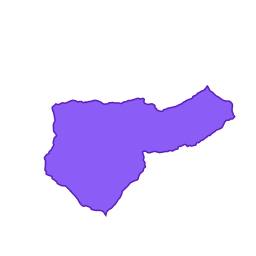 Naja, Paro, Bhutan (Mercator projection), rotated 314°
{"feature_id": "84629894B48616572457090", "entity_name": "Naja", "entity_type": "district", "adm_level": 2, "iso_a3": "BTN", "parent_name": "Bhutan", "parent_adm1": "Paro", "projection": "mercator", "projection_center": [89.419, 27.254], "detail": "fine", "context": "isolated", "style": "filled", "palette": "violet", "viewbox_px": 256, "rotation_deg": 314, "n_neighbors": 0, "source": "geoboundaries", "source_scale": "gbopen_adm2", "svg_char_len": 5876}
<svg xmlns="http://www.w3.org/2000/svg" viewBox="0 0 256 256"><g transform="rotate(314 128 128)"><path d="M213.3,155.9L212.8,155.9L212.4,156.0L212.0,156.0L211.7,156.2L209.3,156.3L208.7,156.5L208.3,156.5L206.8,155.9L205.8,155.3L205.4,155.2L204.9,155.0L203.6,154.9L203.0,154.5L202.3,154.2L201.5,154.2L201.1,154.1L200.5,154.1L199.4,153.9L199.1,154.0L198.2,154.1L197.0,153.2L196.2,153.0L195.5,152.9L195.1,153.2L194.1,153.4L193.5,153.4L192.1,152.7L190.5,151.8L189.2,151.3L188.4,150.9L187.6,150.7L186.8,150.7L186.4,150.4L184.6,149.9L182.7,149.9L182.1,149.4L181.3,149.2L180.4,148.8L179.9,148.5L178.3,148.1L177.1,147.6L175.8,146.8L172.9,145.0L172.1,144.4L171.2,143.8L170.8,143.5L169.8,143.0L169.3,142.6L168.8,142.6L168.1,142.4L167.1,141.7L166.1,141.1L165.6,140.9L165.1,141.0L164.7,141.2L164.3,141.2L163.8,141.0L162.9,140.3L162.8,139.8L162.4,139.5L162.0,138.7L161.8,138.3L161.8,137.9L161.5,137.5L161.0,136.7L161.2,135.8L161.7,134.9L161.5,133.5L161.8,132.5L162.7,132.0L162.8,131.4L162.8,130.7L162.1,128.4L160.9,127.5L160.1,127.0L159.3,126.4L158.2,125.2L157.6,123.2L157.4,121.8L157.7,121.3L158.5,120.8L159.6,120.1L160.0,119.4L159.8,118.2L157.2,116.6L157.0,115.5L156.7,115.2L155.9,114.2L155.1,113.7L154.2,113.4L150.2,111.1L149.3,110.7L149.0,110.1L148.1,109.3L147.4,108.9L146.0,108.5L144.5,107.5L143.0,106.5L142.1,106.6L141.2,106.3L140.6,105.8L140.4,105.5L139.8,104.3L138.9,103.2L138.5,102.7L137.3,101.8L137.0,101.2L136.5,100.6L136.1,100.0L136.0,99.6L135.8,99.4L135.3,98.9L134.7,98.6L133.9,97.7L133.4,97.2L132.9,96.9L131.2,96.6L130.7,96.2L130.3,95.7L129.6,95.1L128.9,94.6L128.5,94.0L128.1,93.2L127.8,91.0L127.0,88.5L126.7,88.0L126.4,87.2L125.9,86.2L125.5,85.7L124.5,84.6L123.0,83.6L121.8,83.0L121.3,82.8L119.9,81.5L119.3,81.1L117.5,80.3L117.2,79.9L117.3,79.4L115.4,78.6L114.9,77.1L114.6,75.9L111.7,73.3L111.3,71.7L109.8,69.2L108.2,68.2L105.4,67.0L102.2,65.7L101.2,64.1L99.9,62.9L97.9,62.4L96.1,61.4L96.0,60.8L95.1,59.3L94.4,59.4L92.8,59.3L90.5,59.0L89.3,60.1L87.9,62.5L87.6,63.4L87.4,63.9L86.7,64.7L86.2,65.7L85.4,66.8L85.0,67.5L84.1,68.3L83.8,68.7L83.2,70.0L82.5,70.5L79.4,71.5L78.6,72.0L77.6,72.8L76.2,74.5L74.6,76.1L74.2,76.6L74.0,76.9L73.8,77.7L73.8,78.8L73.7,79.5L73.4,80.6L73.0,81.5L72.6,81.9L72.1,82.1L70.2,81.8L69.7,81.9L69.3,82.0L67.2,83.3L66.1,83.9L65.3,84.6L64.9,85.1L64.5,86.1L64.1,86.5L63.2,86.8L61.9,87.0L60.1,87.6L59.6,87.7L58.8,87.9L58.1,87.9L56.4,87.7L55.6,88.0L54.8,88.7L54.3,88.8L53.2,88.2L52.8,88.0L52.4,88.0L50.6,88.1L49.8,88.2L48.7,88.5L48.4,88.8L47.9,89.3L47.7,89.7L47.5,90.1L47.3,91.3L46.6,91.9L45.7,92.7L44.0,94.3L42.6,95.5L40.6,97.0L40.0,97.5L39.9,97.8L39.9,99.4L39.7,99.7L38.4,100.7L38.1,101.1L38.0,101.4L38.2,102.1L39.3,104.6L39.4,105.0L40.2,106.4L40.2,106.8L40.0,107.3L39.2,108.3L39.0,108.7L39.0,109.2L39.6,111.6L39.6,112.4L39.7,113.7L39.6,114.1L39.5,114.6L39.1,115.6L39.0,115.9L39.1,116.3L39.2,116.8L39.5,117.5L39.8,118.4L39.9,118.9L40.5,120.3L41.0,121.1L42.3,122.6L42.5,122.9L42.9,123.6L43.0,125.3L42.8,126.5L42.8,127.3L42.9,128.0L42.9,128.8L42.8,129.6L42.6,130.1L42.6,130.5L42.9,131.3L42.5,132.0L42.5,134.3L42.4,136.9L42.0,140.3L41.8,141.2L41.5,142.4L40.5,145.8L40.4,147.0L40.3,147.9L40.4,149.0L40.5,149.7L40.9,150.2L41.1,150.6L41.5,151.0L42.7,151.5L43.0,151.9L43.8,153.9L44.0,154.2L44.4,155.1L44.5,155.7L44.5,156.3L44.2,157.8L44.1,158.3L44.4,158.9L44.7,159.5L45.7,160.9L46.2,161.9L46.6,162.4L48.4,164.1L49.5,165.5L50.0,166.3L50.4,167.0L50.6,168.0L50.5,169.5L50.0,171.4L49.8,172.7L51.2,171.8L52.4,171.1L53.3,170.9L54.2,170.8L55.8,170.9L56.2,170.9L56.8,171.1L57.8,171.5L58.2,171.6L59.5,171.8L60.9,171.7L62.3,171.5L63.2,171.8L63.8,171.8L65.5,171.5L66.5,171.4L67.7,171.2L69.8,170.6L71.4,170.7L72.4,170.6L74.4,170.0L77.0,168.9L77.4,168.6L78.2,167.9L81.4,167.9L82.7,168.0L86.2,168.1L89.4,167.8L90.7,167.9L92.2,168.4L95.5,169.8L96.9,170.6L97.4,170.7L98.0,170.7L98.6,170.6L99.9,169.7L100.3,169.5L101.4,169.1L102.6,168.7L103.4,168.3L104.4,168.4L105.0,168.6L106.6,168.7L108.1,168.6L108.8,167.9L109.7,167.5L111.1,167.4L112.0,167.6L112.6,166.9L113.0,165.9L113.4,165.2L114.5,164.6L115.0,164.1L115.1,162.8L115.7,161.4L116.2,160.9L117.5,160.3L118.0,159.8L118.7,159.0L119.2,158.0L119.6,157.0L119.8,156.5L120.1,156.1L121.1,155.1L122.1,155.5L122.9,156.1L123.5,156.7L124.1,159.7L125.4,160.9L126.9,161.7L129.3,163.0L130.2,164.1L131.8,167.2L132.3,167.9L133.6,168.8L134.5,169.5L136.3,170.7L137.9,172.0L138.6,172.9L139.1,173.2L140.5,173.4L140.8,173.6L142.5,176.1L145.0,176.8L145.8,177.1L146.6,177.8L147.2,178.3L147.7,178.3L148.1,178.1L149.1,177.5L149.6,177.4L150.1,177.5L150.6,177.8L151.1,178.4L151.8,178.8L152.3,179.0L153.1,179.3L154.4,179.6L155.5,180.2L156.0,180.8L156.2,181.3L156.2,181.8L156.0,182.6L155.9,183.3L156.0,183.6L156.3,183.9L157.5,184.0L158.4,184.5L158.5,184.8L158.7,185.6L159.5,186.6L160.2,186.9L161.2,187.4L161.9,188.1L162.4,188.4L162.8,188.5L163.2,188.5L164.7,187.8L165.4,187.6L165.7,187.8L166.0,188.4L166.3,188.9L166.7,189.1L167.1,189.2L168.2,189.2L169.7,189.3L170.0,189.4L170.7,189.8L171.4,190.2L174.5,190.6L175.0,190.6L176.6,191.1L177.9,191.0L178.5,191.1L179.4,192.0L179.8,192.2L180.3,192.2L180.7,192.2L181.3,192.1L182.4,192.2L182.8,192.3L183.6,192.4L185.0,192.7L185.5,192.9L185.9,193.0L187.7,192.9L189.1,193.7L189.7,193.9L190.1,194.0L191.1,194.6L192.1,195.0L193.1,195.2L194.0,195.2L195.1,195.0L195.7,194.7L196.2,194.5L197.7,194.1L199.1,193.5L201.6,193.3L203.2,194.6L203.7,195.1L204.0,195.3L204.4,195.4L205.5,195.5L206.1,195.8L207.1,196.8L207.6,197.0L208.1,197.0L208.8,196.9L210.3,196.9L210.6,195.2L210.8,194.2L211.4,193.5L211.7,192.8L212.6,191.0L213.5,190.1L214.3,189.4L215.9,188.2L216.7,187.6L217.5,186.7L217.8,185.7L217.9,184.5L218.0,183.6L217.8,182.6L217.2,181.6L215.9,180.3L215.2,179.3L214.7,178.6L214.1,177.3L213.8,176.0L213.6,174.5L213.3,172.6L213.0,171.0L212.3,168.8L212.3,166.8L212.4,165.5L212.4,164.3L212.0,162.7L211.9,162.2L211.8,161.3L211.9,160.7L212.4,159.1L213.1,157.4L213.3,155.9Z" fill="#8b5cf6" stroke="#5b21b6" stroke-width="1.5"/></g></svg>